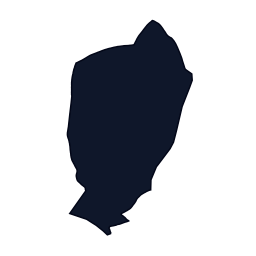 Sirwah, Ma'rib, Yemen (Equal Earth projection), rotated 260°
{"feature_id": "15242507B46939016303647", "entity_name": "Sirwah", "entity_type": "district", "adm_level": 2, "iso_a3": "YEM", "parent_name": "Yemen", "parent_adm1": "Ma'rib", "projection": "equal_earth", "projection_center": [45.022, 15.441], "detail": "fine", "context": "isolated", "style": "filled", "palette": "ink", "viewbox_px": 256, "rotation_deg": 260, "n_neighbors": 0, "source": "geoboundaries", "source_scale": "gbopen_adm2", "svg_char_len": 4121}
<svg xmlns="http://www.w3.org/2000/svg" viewBox="0 0 256 256"><g transform="rotate(260 128 128)"><path d="M63.1,139.6L63.7,139.7L72.0,141.4L73.0,141.6L84.9,149.2L86.5,151.0L91.8,156.7L100.3,165.8L106.1,170.3L114.0,173.9L117.8,175.6L139.7,185.0L157.6,195.9L163.8,199.5L164.7,199.6L170.2,200.2L174.6,195.8L175.7,194.8L176.8,194.3L179.3,194.0L184.3,193.3L187.4,193.0L191.7,192.2L198.8,190.6L202.8,189.5L205.8,188.3L208.1,187.0L209.0,186.4L209.3,186.1L209.8,185.3L210.5,184.5L211.2,183.8L211.5,183.5L212.0,183.1L212.8,182.6L213.6,182.1L214.4,181.8L215.2,181.5L216.0,181.2L216.8,180.8L217.6,180.4L218.5,180.0L219.3,179.7L220.2,179.3L221.0,178.9L221.8,178.5L222.6,178.1L223.3,177.7L224.1,177.2L224.9,176.6L225.6,176.0L226.2,175.3L226.8,174.5L227.4,173.8L228.0,173.1L228.7,172.3L229.2,171.5L229.6,170.6L229.5,170.4L228.9,169.6L228.4,168.7L227.9,167.7L227.4,166.9L226.8,166.0L226.2,165.1L225.4,164.1L224.7,163.4L224.2,162.7L223.5,162.0L222.9,161.3L222.2,160.5L221.5,159.8L220.8,159.1L220.2,158.4L219.5,157.6L218.8,156.8L218.1,156.0L217.3,155.1L216.6,154.4L215.8,153.7L215.1,153.1L214.3,152.4L213.5,151.8L212.7,151.3L211.9,150.6L211.2,150.1L210.4,149.5L209.6,148.9L208.9,148.4L208.9,147.3L208.9,146.1L209.0,144.9L209.1,143.7L209.1,142.7L209.3,141.5L209.4,140.5L209.6,139.1L209.7,137.8L209.7,136.6L209.8,135.5L209.8,134.4L209.9,133.1L210.0,131.9L209.9,130.6L209.9,129.5L209.9,128.2L209.8,127.1L209.7,125.8L209.6,124.6L209.6,123.4L209.5,122.3L209.3,120.8L209.2,119.6L209.0,118.2L208.8,117.1L208.6,116.0L208.4,114.9L208.1,113.6L207.9,112.5L207.7,111.2L207.4,110.1L207.2,108.9L207.0,107.9L206.9,107.4L206.8,106.7L206.5,105.4L206.3,104.3L206.0,103.2L205.7,102.3L205.3,101.3L204.9,100.2L204.4,99.0L204.0,97.9L203.5,96.6L203.1,95.5L202.7,94.4L202.4,93.3L202.1,92.2L201.8,91.2L201.4,89.9L201.1,88.8L201.0,88.2L200.8,88.1L200.0,87.6L199.2,87.1L198.4,86.6L197.6,86.2L196.9,85.9L196.1,85.5L195.4,85.0L194.6,84.7L193.7,84.3L192.8,83.9L192.0,83.6L191.2,83.4L190.4,83.0L189.5,82.6L188.6,82.2L187.9,82.0L186.9,81.6L186.1,81.4L185.2,81.1L184.4,80.9L183.6,80.7L182.7,80.4L181.9,80.3L181.1,80.1L180.2,80.0L179.4,79.9L178.6,79.7L177.8,79.5L177.0,79.4L176.2,79.3L175.3,79.1L174.4,79.0L173.6,78.8L172.7,78.6L171.8,78.5L170.9,78.3L169.8,78.3L169.0,78.2L163.0,76.5L159.0,75.3L150.0,72.6L139.3,69.5L138.3,69.1L137.4,68.8L136.5,68.5L135.6,68.2L134.8,67.9L134.0,67.6L133.1,67.4L132.2,67.2L131.2,67.1L130.3,67.1L129.4,67.2L128.4,67.3L127.6,67.5L126.6,67.6L125.6,67.7L124.8,67.7L124.0,67.7L122.9,67.8L121.9,67.7L120.9,67.7L120.0,67.7L119.1,67.6L118.1,67.5L117.2,67.4L116.2,67.3L115.3,67.3L114.4,67.2L113.6,67.2L112.8,67.2L111.8,67.1L110.8,67.0L109.8,67.0L108.8,67.0L107.9,67.1L106.8,67.2L105.9,67.3L104.9,67.6L104.1,67.9L103.0,68.2L102.0,68.6L101.2,68.8L100.4,69.1L99.5,69.3L98.7,69.6L98.0,69.9L97.8,69.9L96.8,70.3L96.0,70.5L94.9,70.5L93.8,70.3L93.0,70.0L92.2,69.6L91.4,69.2L90.5,68.9L89.7,68.7L88.6,68.7L87.8,68.7L86.7,68.8L85.8,68.9L84.8,69.2L83.9,69.8L83.1,70.4L82.3,71.1L81.6,71.5L80.8,72.1L80.0,72.7L79.4,73.3L78.6,74.0L77.8,74.7L77.1,75.3L76.2,75.5L75.3,75.4L74.3,75.4L73.5,75.6L53.9,55.8L45.3,71.5L41.6,75.5L37.7,79.8L31.0,85.7L26.4,89.1L26.6,90.4L27.0,92.5L28.0,92.7L28.1,92.8L28.9,92.5L29.2,92.5L31.7,92.2L32.1,91.9L32.4,91.9L32.7,92.0L33.1,92.1L33.8,92.6L34.2,93.2L34.3,93.8L34.3,95.0L34.3,96.0L34.3,97.1L34.4,98.1L34.4,99.2L34.8,100.7L34.8,101.8L34.8,103.0L35.0,104.3L35.2,105.3L35.4,106.3L35.6,107.5L35.8,108.5L35.9,109.6L36.0,110.7L36.2,111.8L36.4,112.6L36.6,112.5L37.3,111.6L38.0,110.9L38.8,110.3L39.1,110.2L39.7,109.8L40.4,109.4L41.1,108.7L41.9,108.1L42.5,107.5L43.3,106.7L44.0,106.2L44.8,106.6L45.2,107.5L45.5,108.5L45.8,109.5L46.1,110.4L46.5,111.4L46.8,112.5L47.2,113.4L47.3,113.6L47.6,114.5L48.0,115.4L48.5,116.4L49.1,117.2L49.7,117.9L49.8,118.0L50.4,118.7L51.1,119.3L51.4,119.7L51.7,120.1L52.5,120.9L53.1,121.6L53.8,122.2L54.4,122.8L55.1,123.3L55.9,123.8L56.1,124.0L56.6,124.4L57.0,124.8L57.3,125.1L58.0,126.1L58.5,126.9L59.1,127.7L59.7,128.5L60.2,129.5L60.6,130.5L60.9,131.2L61.0,131.5L61.4,132.5L61.7,133.6L62.1,134.6L62.4,135.5L62.7,136.8L63.0,137.9L63.1,139.2L63.1,139.6Z" fill="#0f172a" stroke="#020617" stroke-width="1.5"/></g></svg>